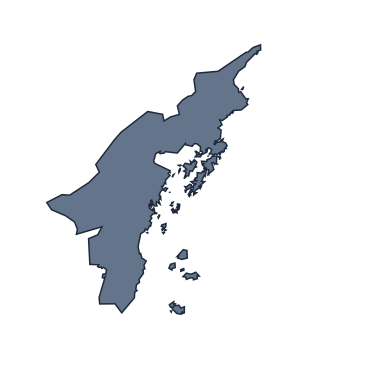 Samar, Samar, Philippines (Equal Earth projection), rotated 236°
{"feature_id": "2640588B23016389281073", "entity_name": "Samar", "entity_type": "district", "adm_level": 2, "iso_a3": "PHL", "parent_name": "Philippines", "parent_adm1": "Samar", "projection": "equal_earth", "projection_center": [124.76, 11.713], "detail": "fine", "context": "isolated", "style": "filled", "palette": "slate", "viewbox_px": 384, "rotation_deg": 236, "n_neighbors": 0, "source": "geoboundaries", "source_scale": "gbopen_adm2", "svg_char_len": 6136}
<svg xmlns="http://www.w3.org/2000/svg" viewBox="0 0 384 384"><g transform="rotate(236 192 192)"><path d="M264.5,65.7L256.0,65.6L242.8,74.0L232.8,77.9L225.2,76.2L221.6,72.5L213.5,97.9L209.2,89.8L211.2,80.2L189.1,66.8L183.8,74.0L183.0,72.1L181.5,72.7L180.5,74.8L179.1,74.5L179.0,76.4L175.4,77.8L172.4,74.7L173.7,72.2L171.3,69.8L169.9,70.7L170.2,72.5L156.5,56.0L150.8,52.9L142.4,65.6L131.1,66.2L136.5,85.1L140.8,88.4L141.1,91.4L142.5,90.8L146.2,94.1L146.4,97.9L149.1,99.2L151.7,106.2L155.2,108.1L154.6,110.0L158.1,111.1L160.4,115.5L165.4,113.5L169.8,115.1L170.1,113.8L176.9,116.8L186.1,126.1L186.0,131.0L187.6,132.7L185.3,133.6L187.6,137.7L186.8,138.5L189.3,141.3L191.4,140.3L192.8,144.1L194.8,143.8L195.7,147.3L193.6,151.3L196.0,149.7L198.6,151.0L198.0,149.8L198.2,149.2L200.0,150.6L199.2,148.7L202.3,147.6L205.6,149.2L205.6,151.6L207.8,152.7L207.9,154.1L205.0,153.3L204.4,150.1L202.2,149.6L203.9,153.2L201.4,153.1L200.1,155.3L202.1,155.6L203.8,157.1L199.7,158.7L203.5,159.7L204.9,161.7L203.3,162.1L206.4,163.7L207.3,162.6L209.9,166.0L210.4,169.2L207.4,170.3L208.7,173.7L210.5,172.2L210.3,169.3L213.6,169.9L212.9,171.5L214.8,174.3L213.5,174.8L216.6,176.6L218.0,183.0L220.5,182.5L221.8,185.8L236.4,177.2L239.0,177.4L244.0,183.3L243.6,189.2L242.8,186.8L241.6,187.0L239.8,190.8L240.4,192.4L232.5,201.6L235.9,213.8L234.5,213.3L229.8,217.7L230.8,220.9L229.2,223.0L224.8,224.4L221.3,221.7L220.0,223.0L217.3,222.1L216.7,226.6L218.1,228.2L218.3,226.6L219.5,227.2L219.4,230.6L216.2,232.1L213.9,228.8L210.4,230.6L210.8,232.4L209.0,233.6L209.2,237.2L207.8,236.7L207.4,235.6L207.1,235.7L209.2,239.6L207.6,239.9L207.6,241.3L209.6,242.8L208.9,244.7L210.2,244.7L210.6,246.9L213.8,247.3L216.9,245.2L218.6,247.5L218.9,244.5L217.7,243.6L219.3,240.3L218.4,237.4L219.5,237.2L221.5,239.9L220.2,240.5L220.8,245.7L227.1,250.8L230.6,249.3L230.9,254.4L236.3,255.3L234.3,256.9L234.5,263.6L235.9,263.8L234.7,266.6L235.9,268.3L236.5,271.9L232.5,278.6L233.3,287.1L235.5,287.1L237.9,290.8L239.2,288.7L247.9,288.5L248.4,286.5L251.7,288.2L257.5,287.1L261.9,289.1L266.1,298.2L266.4,306.1L269.0,309.6L271.4,321.9L270.2,322.5L271.9,324.4L270.6,324.2L271.9,325.9L271.4,328.4L275.7,331.1L277.6,323.5L276.7,316.5L277.6,314.9L277.5,281.1L287.9,262.3L284.0,256.4L273.3,251.2L272.1,245.7L273.5,242.3L273.5,235.7L271.6,228.0L263.4,225.0L266.2,216.3L266.6,208.5L272.8,211.1L283.5,200.3L281.2,166.6L278.6,156.7L268.6,127.6L260.2,126.3L257.5,111.8L257.8,88.8L262.5,82.7L264.5,65.7ZM196.0,196.4L193.9,194.6L193.1,192.7L194.7,192.9L192.0,187.5L190.1,189.0L192.0,190.2L192.3,192.6L190.8,194.0L190.1,192.7L189.8,192.9L188.6,191.8L188.9,195.3L190.2,193.6L191.5,195.8L191.3,200.6L190.2,200.7L191.5,203.0L192.6,200.1L193.5,208.3L195.6,205.8L199.0,211.6L197.7,211.7L202.5,216.7L201.0,218.3L197.6,215.0L198.4,222.7L205.1,224.7L204.3,226.4L202.2,226.1L202.5,228.5L207.8,232.6L210.4,228.7L209.4,226.3L210.4,222.5L209.0,221.4L212.2,217.1L209.6,216.1L208.7,217.6L208.3,215.7L206.2,216.5L204.9,214.9L203.9,215.1L204.4,217.1L203.1,217.0L203.2,214.2L201.8,212.8L203.2,212.4L202.6,210.3L205.2,207.1L201.1,204.5L201.8,203.1L200.4,201.5L200.0,201.4L199.0,202.0L198.9,202.3L198.7,202.4L201.1,197.0L197.7,197.9L196.6,200.3L196.2,194.8L196.0,196.4ZM215.6,206.4L219.6,202.5L218.6,199.1L213.8,200.3L214.0,196.8L211.5,198.2L207.5,192.8L208.3,196.8L207.2,198.2L210.7,202.2L209.0,203.9L210.9,207.9L210.1,210.4L211.4,209.0L213.9,212.7L216.3,212.3L215.9,211.5L216.0,210.9L217.5,211.6L215.6,206.4ZM108.7,109.8L107.1,111.7L106.5,110.3L99.9,111.4L96.9,114.5L98.3,117.5L96.6,116.1L96.1,118.1L101.1,121.5L102.0,117.9L105.5,117.8L107.7,113.6L108.6,115.6L109.4,114.2L111.3,115.5L111.2,110.2L108.7,109.8ZM126.9,137.2L124.7,139.3L122.8,138.4L121.5,143.2L119.7,145.0L118.4,144.1L117.2,148.0L119.4,149.1L118.2,151.0L123.4,150.2L124.3,145.3L127.9,141.9L126.9,137.2ZM145.3,143.2L141.7,146.0L139.9,151.1L146.3,155.1L149.1,152.5L146.9,143.8L146.4,145.1L145.3,143.2ZM141.7,130.2L138.5,131.7L139.6,132.9L138.7,135.8L142.7,138.1L144.1,133.7L141.7,130.2ZM196.7,188.3L196.0,194.3L198.4,195.4L199.7,194.3L199.3,190.7L200.5,189.1L196.9,189.1L197.4,187.2L195.0,186.2L196.7,188.3ZM177.8,150.8L180.4,152.8L181.6,148.5L180.8,147.3L178.4,148.7L177.9,146.0L176.8,146.0L177.8,150.8ZM219.4,214.3L216.4,218.8L218.2,221.6L218.8,219.7L221.5,219.8L219.1,218.8L220.2,216.7L219.4,214.3ZM187.0,173.6L184.7,166.0L184.6,166.3L184.5,166.9L183.0,168.0L184.8,168.8L185.0,171.7L187.0,173.6ZM188.8,165.2L185.4,164.7L186.1,168.6L187.6,166.0L188.1,166.9L188.9,167.1L188.8,165.2ZM132.5,138.4L131.7,141.6L133.2,142.3L133.9,139.2L132.5,138.4ZM250.5,293.8L249.3,290.4L248.6,291.3L250.5,293.8ZM215.5,192.1L216.3,193.9L218.5,196.0L217.2,193.2L215.5,192.1ZM223.8,217.5L221.1,217.2L221.7,218.7L223.1,218.5L223.8,217.5ZM187.7,170.7L187.4,172.5L188.6,174.0L188.7,172.4L187.7,170.7ZM206.7,233.5L204.9,233.9L204.2,234.7L205.2,235.1L206.7,233.5ZM105.4,107.7L104.1,107.6L104.8,108.6L105.4,107.7ZM190.3,149.8L189.2,149.5L189.8,150.7L190.3,149.8ZM220.6,239.3L219.7,240.6L221.2,240.0L220.6,239.3ZM193.6,168.1L193.7,170.1L194.1,170.8L194.6,169.5L193.6,168.1ZM176.0,148.5L175.1,147.5L175.0,149.2L176.0,148.5ZM216.8,185.7L216.0,185.4L216.7,186.8L216.8,185.7ZM192.5,167.0L191.4,167.5L191.7,168.3L192.5,167.0ZM174.8,145.0L173.5,145.0L173.8,146.2L174.8,145.0ZM183.3,132.0L182.2,132.6L183.1,132.6L183.3,132.0ZM221.6,195.8L220.5,196.3L220.3,197.9L220.6,197.8L221.6,195.8ZM213.6,227.0L213.6,228.6L214.1,228.7L214.2,228.2L213.6,227.0ZM218.4,207.8L217.3,207.5L217.5,208.1L218.4,207.8ZM235.5,270.0L234.9,270.4L235.4,271.0L235.5,270.0ZM235.5,268.8L235.0,269.4L235.4,269.5L235.5,268.8ZM191.0,152.2L191.5,151.0L190.5,151.8L191.0,152.2ZM197.2,215.2L196.9,215.6L197.3,215.8L197.2,215.2ZM203.8,233.3L203.5,233.9L204.0,233.5L203.8,233.3ZM190.4,187.2L189.8,187.4L190.5,187.9L190.4,187.2ZM215.8,183.7L215.6,184.4L215.9,184.5L215.8,183.7ZM190.2,173.4L190.0,172.4L189.8,173.8L190.2,173.4ZM201.0,200.8L200.4,201.0L201.2,201.4L201.0,200.8ZM204.6,173.8L204.3,173.4L204.2,173.6L204.6,173.8ZM219.9,184.8L219.8,184.3L220.0,185.5L219.9,184.8ZM201.1,228.5L202.0,227.9L201.2,228.1L201.1,228.5ZM212.8,225.2L212.5,224.8L212.7,225.4L212.8,225.2Z" fill="#64748b" stroke="#1e293b" stroke-width="1.5"/></g></svg>